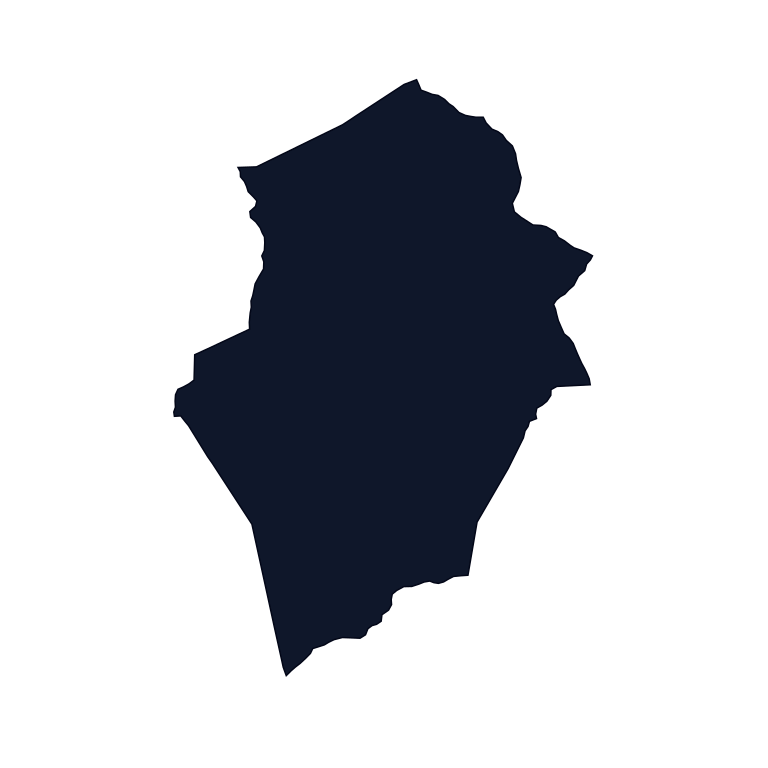 Tapiramutá, Bahia, Brazil (orthographic projection), rotated 101°
{"feature_id": "56859067B43397525607072", "entity_name": "Tapiramutá", "entity_type": "district", "adm_level": 2, "iso_a3": "BRA", "parent_name": "Brazil", "parent_adm1": "Bahia", "projection": "orthographic", "projection_center": [-40.799, -11.872], "detail": "fine", "context": "isolated", "style": "filled", "palette": "ink", "viewbox_px": 768, "rotation_deg": 101, "n_neighbors": 0, "source": "geoboundaries", "source_scale": "gbopen_adm2", "svg_char_len": 2225}
<svg xmlns="http://www.w3.org/2000/svg" viewBox="0 0 768 768"><g transform="rotate(101 384 384)"><path d="M199.3,568.6L203.0,565.6L208.0,564.4L211.9,559.6L216.4,556.5L221.1,554.0L225.3,547.8L228.5,543.7L234.2,544.0L240.3,548.6L246.0,546.7L249.4,540.7L254.3,535.3L258.8,532.4L262.4,529.4L268.0,528.0L275.8,526.9L281.6,528.4L287.0,525.3L294.1,524.2L302.6,527.2L310.3,529.6L316.8,529.6L322.4,529.7L327.9,530.4L333.9,528.9L339.7,528.9L349.1,528.0L355.8,526.4L383.1,563.8L391.4,575.4L416.4,571.2L421.3,575.7L425.1,580.3L428.5,585.2L434.3,586.6L440.6,585.8L446.6,584.3L451.6,585.0L455.7,583.6L454.1,577.4L458.4,572.5L462.2,567.9L489.0,543.2L494.7,537.3L546.8,486.9L612.0,458.8L644.1,445.0L674.9,431.6L681.2,428.9L688.9,424.3L683.3,420.5L678.9,417.1L674.1,412.9L667.9,408.4L662.4,404.8L657.3,403.5L654.6,398.5L651.4,392.7L648.2,389.2L644.5,384.3L640.8,376.5L639.5,368.3L638.1,359.0L633.7,354.3L627.3,353.1L623.4,349.6L621.3,345.4L617.4,341.5L610.9,342.0L605.1,336.4L599.1,334.5L594.2,335.8L588.7,335.8L584.2,332.1L579.1,325.9L577.4,318.1L573.8,311.6L570.7,306.8L568.7,301.5L569.5,297.1L569.3,292.5L566.9,287.7L563.5,283.9L559.6,279.0L557.4,271.5L555.7,265.1L501.8,266.3L443.3,246.0L410.3,236.9L403.1,236.6L398.2,234.5L392.9,234.1L388.8,227.7L384.7,229.4L378.5,229.4L374.5,224.7L369.8,220.8L363.3,218.1L357.7,219.0L353.4,213.9L345.4,181.4L339.7,183.6L334.8,186.9L330.5,190.1L326.2,193.7L322.3,196.5L317.6,199.8L313.1,202.8L308.1,206.0L303.5,211.0L300.4,216.8L295.1,220.5L288.5,225.0L282.5,227.9L277.9,229.9L273.4,232.8L268.8,230.9L264.7,227.7L261.3,223.7L256.3,220.7L251.0,216.6L240.9,213.7L234.4,208.6L227.6,208.0L222.8,205.1L218.4,203.8L216.4,209.7L215.1,216.3L214.1,223.5L212.2,228.0L209.1,234.1L206.9,240.8L202.1,244.9L198.7,254.8L198.4,260.2L199.5,268.1L194.1,281.6L190.1,288.9L182.1,292.5L169.4,288.8L162.4,288.6L155.2,288.8L146.7,293.2L139.2,296.6L132.9,298.8L125.8,303.4L121.5,310.5L116.9,315.2L114.6,320.2L113.2,326.7L108.2,333.6L103.2,337.5L104.6,344.9L104.8,350.1L104.8,355.4L103.2,362.2L98.5,369.0L96.5,373.8L93.1,378.8L90.4,386.0L90.5,392.0L89.4,397.8L88.5,403.7L83.2,407.2L79.1,410.1L86.1,421.4L126.5,463.0L130.7,467.2L137.4,474.1L195.2,550.6L199.3,568.6Z" fill="#0f172a" stroke="#020617" stroke-width="1.5"/></g></svg>